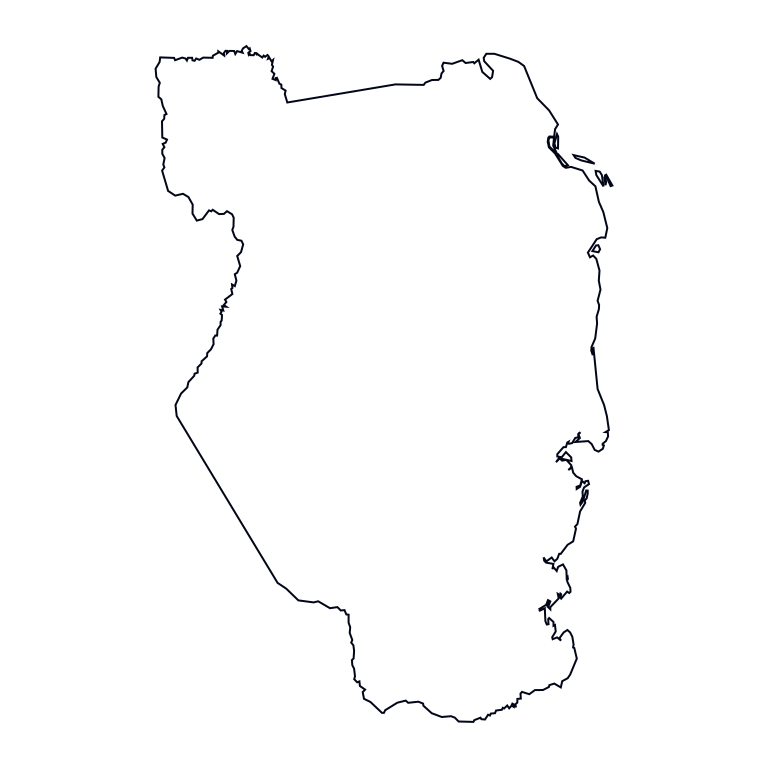 outline of Buzi, Sofala, Mozambique
{"feature_id": "85939544B98429522964184", "entity_name": "Buzi", "entity_type": "district", "adm_level": 2, "iso_a3": "MOZ", "parent_name": "Mozambique", "parent_adm1": "Sofala", "projection": "equal_earth", "projection_center": [34.585, -20.074], "detail": "fine", "context": "isolated", "style": "outline", "palette": "ink", "viewbox_px": 768, "rotation_deg": 0, "n_neighbors": 0, "source": "geoboundaries", "source_scale": "gbopen_adm2", "svg_char_len": 6035}
<svg xmlns="http://www.w3.org/2000/svg" viewBox="0 0 768 768"><path d="M478.6,59.7L474.3,63.3L473.2,62.0L465.6,63.0L462.3,60.2L452.1,63.8L443.5,62.7L442.1,65.9L443.6,71.0L441.5,73.5L440.7,77.8L438.4,79.9L432.0,80.0L425.4,82.6L423.7,84.9L395.4,84.4L287.3,102.5L284.8,94.1L285.6,90.6L281.5,88.1L281.3,84.6L279.4,83.7L276.9,77.8L275.7,78.1L275.7,80.1L272.5,78.8L274.4,73.8L271.6,71.2L273.1,66.6L271.9,64.9L273.0,60.0L271.5,61.3L269.6,58.1L268.0,58.8L268.8,56.5L267.5,55.0L265.1,56.8L263.7,55.6L262.3,57.5L257.5,54.2L256.1,54.9L257.1,53.6L256.4,53.1L254.8,53.0L253.7,55.2L250.2,55.1L249.5,53.3L248.7,54.5L248.3,52.8L250.5,51.1L249.7,48.4L248.9,49.1L246.4,46.1L243.0,48.4L241.7,50.9L242.6,52.7L237.1,51.1L235.3,54.0L234.2,51.0L229.5,50.9L226.9,53.4L227.2,50.9L225.5,50.8L223.8,53.1L224.1,55.5L218.3,51.3L218.3,52.7L212.9,55.7L212.6,57.8L203.2,57.6L199.4,59.8L196.2,58.5L194.6,60.8L192.5,60.3L192.1,57.8L188.0,57.8L186.9,60.5L185.5,58.5L182.2,57.6L175.1,60.2L174.1,57.9L160.2,57.4L159.6,62.0L155.6,68.7L156.3,77.0L159.8,82.8L158.6,86.7L158.4,96.8L161.3,99.3L162.8,106.0L166.5,114.0L164.4,115.0L164.2,118.8L162.0,121.3L162.3,137.5L167.0,139.6L165.7,142.6L162.7,143.9L164.4,147.2L162.3,149.7L162.3,153.8L164.6,158.0L163.3,164.6L164.4,167.4L162.1,170.6L168.1,190.9L175.2,195.6L183.0,193.8L188.4,197.0L192.7,204.6L192.5,213.6L196.8,220.6L202.5,219.1L209.0,210.4L211.2,211.3L212.7,209.8L219.1,214.1L223.9,213.9L227.0,211.2L232.1,214.3L233.7,217.7L233.5,226.7L232.3,230.0L234.7,236.7L237.3,239.9L241.4,240.7L243.2,244.3L241.0,252.2L237.2,256.0L240.2,266.1L237.2,272.7L234.8,274.2L236.4,280.6L234.8,286.1L232.0,284.5L232.4,288.0L231.2,289.0L232.4,294.0L225.0,299.6L226.4,302.0L223.8,305.0L226.2,306.7L222.1,306.4L223.3,310.5L220.5,309.9L221.5,311.8L220.4,313.7L222.0,315.0L221.7,320.5L220.6,321.8L220.6,325.1L217.5,329.7L217.1,335.6L215.3,335.5L213.3,338.6L213.6,344.1L211.0,349.3L207.3,353.0L207.0,356.4L201.6,361.3L201.5,363.5L197.6,367.4L197.7,372.6L194.6,373.7L194.2,375.8L188.4,382.1L187.3,387.4L181.1,393.5L175.5,405.0L176.7,416.0L277.6,582.9L286.3,588.7L298.4,600.4L313.6,602.4L318.2,601.3L330.0,608.2L337.4,607.1L340.8,610.5L344.5,610.1L346.3,614.4L348.6,614.7L348.6,622.7L350.2,627.2L349.7,632.9L352.3,640.0L351.2,642.6L353.4,645.3L354.1,650.9L353.6,658.5L351.9,660.1L352.3,665.1L354.1,668.7L355.0,676.4L354.2,679.2L357.2,682.3L359.4,681.4L359.9,686.0L365.1,689.6L362.7,692.1L364.0,698.8L370.5,702.0L382.0,712.9L383.9,712.9L385.2,710.2L397.3,702.7L405.7,700.6L408.2,702.8L418.4,701.7L423.1,703.6L423.4,705.7L431.7,713.2L441.8,717.0L451.0,716.2L454.8,717.6L458.6,721.5L473.4,721.9L474.4,720.1L480.5,717.7L481.4,719.2L485.0,719.5L488.1,714.7L489.9,715.5L490.8,713.6L495.0,713.2L496.1,710.5L501.8,709.8L502.8,707.8L504.1,708.5L507.2,705.5L509.2,708.3L511.6,705.6L513.4,706.7L513.1,704.9L511.8,704.9L512.4,703.6L514.3,704.6L514.4,706.7L515.8,706.5L515.4,704.3L517.3,702.6L517.4,698.9L520.8,698.6L520.5,693.6L522.0,691.9L529.3,694.2L534.9,690.1L543.0,690.0L548.9,687.0L549.4,685.1L554.3,683.6L560.8,687.4L562.2,681.2L567.7,678.2L570.2,674.5L576.8,658.6L574.3,648.0L573.1,647.5L573.6,644.5L572.3,636.7L570.1,632.4L567.4,630.0L563.7,632.4L559.5,638.1L561.0,640.6L557.1,637.4L552.7,639.2L552.2,637.2L555.7,631.5L555.0,625.0L553.5,625.8L553.5,622.0L549.1,618.0L548.2,619.1L548.5,624.2L546.8,624.5L545.4,621.2L544.8,608.3L539.1,611.0L540.2,609.6L539.5,608.9L546.2,604.8L548.0,600.1L550.3,601.4L548.1,607.1L550.3,609.3L550.3,607.2L558.7,598.4L557.8,593.8L560.3,595.3L560.5,593.7L561.2,594.3L560.6,596.4L558.5,594.7L561.2,598.6L567.1,591.6L569.2,593.0L570.5,591.8L570.3,587.9L567.3,581.7L567.1,579.1L567.9,578.9L567.6,576.9L566.7,578.0L566.4,570.4L563.0,564.4L558.1,566.9L556.7,571.0L553.5,567.2L552.4,569.1L553.4,563.9L546.0,562.6L544.2,560.7L543.6,557.4L546.3,561.4L551.7,557.5L554.5,561.3L557.3,558.8L559.2,553.8L560.7,553.9L567.6,544.8L573.2,541.3L576.0,528.6L575.0,526.6L577.4,524.1L580.1,511.4L585.2,502.9L584.8,500.3L586.6,498.5L587.7,493.5L587.7,490.6L586.2,490.5L582.8,501.5L580.5,504.7L580.1,502.9L582.8,496.5L582.5,491.5L584.1,487.4L589.0,484.1L588.1,480.8L585.5,481.2L584.6,483.2L582.0,480.9L580.1,486.8L576.7,489.0L576.6,486.8L580.3,485.4L581.9,479.3L576.2,476.2L573.2,472.7L572.0,467.6L568.3,470.0L571.0,467.5L571.3,465.3L566.4,459.9L562.0,460.6L559.7,458.4L556.0,462.2L559.9,456.9L557.3,456.5L557.3,454.2L563.5,447.1L565.9,447.1L567.3,442.5L568.5,441.8L567.9,443.3L568.9,443.8L572.1,443.1L575.3,437.9L578.3,437.3L578.2,434.1L579.1,433.0L580.4,432.3L578.5,434.5L579.9,438.0L575.5,442.0L588.3,441.1L591.7,444.1L594.7,449.9L598.5,451.6L602.8,448.8L603.9,445.4L602.6,444.9L602.7,443.7L605.9,441.1L608.1,436.4L607.8,432.3L605.5,432.1L608.9,430.1L606.9,416.2L604.1,405.1L597.6,389.0L593.5,348.0L592.2,348.8L592.8,355.2L591.3,350.7L591.5,347.1L595.2,338.5L597.1,323.5L596.6,316.8L598.9,309.1L599.1,305.0L597.6,300.8L600.5,289.6L598.8,280.7L599.5,270.6L596.3,258.8L593.1,255.5L590.0,257.3L587.9,252.6L596.7,239.2L601.1,237.4L605.3,237.7L607.3,228.1L603.3,212.0L598.9,201.9L595.4,186.3L589.2,180.6L582.6,170.5L571.1,166.9L565.8,167.8L562.9,166.0L555.0,153.4L548.9,147.3L547.7,141.7L548.3,137.7L549.4,136.5L554.1,136.7L555.1,129.1L558.0,124.5L549.1,110.4L537.2,98.2L524.1,66.0L518.4,61.9L510.1,58.7L494.4,53.8L486.3,53.8L483.7,57.8L484.2,61.2L493.1,70.8L492.1,77.1L490.2,78.9L482.3,71.9L478.6,59.7ZM549.8,137.3L548.4,140.0L549.4,146.6L557.1,154.0L553.2,145.7L554.0,137.7L549.8,137.3ZM565.9,452.1L560.7,458.5L571.5,461.0L571.2,457.4L565.9,452.1ZM594.7,163.7L584.6,157.6L573.6,155.1L575.4,157.9L581.2,160.4L594.7,163.7ZM599.7,171.6L595.6,170.9L596.3,175.0L603.5,186.4L601.9,175.2L599.7,171.6ZM558.0,148.4L558.2,136.7L557.0,134.1L554.4,143.4L555.6,147.7L558.0,148.4ZM598.3,245.2L596.0,245.5L592.4,251.1L598.5,252.3L600.1,249.2L598.3,245.2ZM564.6,166.2L567.9,165.2L558.1,154.2L556.9,155.1L561.9,163.6L564.6,166.2ZM606.2,174.7L605.1,175.3L604.5,177.5L605.5,185.2L606.2,181.9L604.9,177.4L606.1,175.7L610.6,186.1L612.4,185.5L606.2,174.7ZM547.3,604.8L548.1,603.5L548.2,601.3L547.1,603.1L547.3,604.8Z" fill="none" stroke="#020617" stroke-width="2"/></svg>